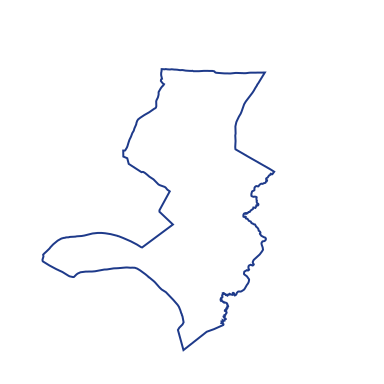 Bilene, Gaza, Mozambique, rotated 211°
{"feature_id": "85939544B43586850524471", "entity_name": "Bilene", "entity_type": "district", "adm_level": 2, "iso_a3": "MOZ", "parent_name": "Mozambique", "parent_adm1": "Gaza", "projection": "mercator", "projection_center": [33.116, -25.072], "detail": "fine", "context": "isolated", "style": "outline", "palette": "blue", "viewbox_px": 384, "rotation_deg": 211, "n_neighbors": 0, "source": "geoboundaries", "source_scale": "gbopen_adm2", "svg_char_len": 6017}
<svg xmlns="http://www.w3.org/2000/svg" viewBox="0 0 384 384"><g transform="rotate(211 192 192)"><path d="M287.3,61.6L286.1,60.2L285.3,57.0L284.6,56.0L284.0,55.7L276.4,55.6L268.3,56.0L266.9,56.2L266.4,56.2L261.9,56.7L254.5,56.6L253.4,56.7L250.2,57.8L249.5,58.3L249.3,58.9L248.6,61.7L248.0,63.2L246.2,65.8L242.0,69.1L236.8,72.3L234.3,74.1L227.3,80.3L224.9,81.9L219.8,86.2L216.3,88.5L210.4,92.8L208.9,93.8L205.5,95.5L204.4,96.3L202.0,97.6L199.6,98.1L196.2,98.1L189.5,97.5L186.3,97.0L185.7,96.9L185.3,96.6L184.9,96.8L178.9,95.9L177.1,95.5L170.5,93.4L167.8,92.8L162.8,92.7L152.5,89.9L146.3,87.9L144.2,86.9L141.2,84.7L138.6,82.4L137.8,82.0L137.2,81.2L136.2,80.6L132.1,76.0L131.9,73.6L133.0,69.2L133.0,66.5L117.9,52.1L107.4,79.8L102.5,85.8L96.7,94.1L96.8,94.7L97.1,95.0L99.0,95.1L99.3,94.9L99.4,95.4L99.6,95.7L99.5,96.2L99.9,96.4L99.7,96.6L99.2,96.7L98.7,96.3L98.6,96.5L99.0,96.9L98.9,97.2L99.5,97.9L99.2,97.9L98.9,98.1L98.4,98.1L98.3,98.5L98.0,98.6L98.2,99.0L97.9,100.0L97.6,100.5L97.8,100.7L98.6,100.9L98.9,100.7L99.5,100.8L100.8,101.4L100.9,101.6L100.8,101.8L100.1,102.3L99.9,102.6L100.1,102.9L100.7,103.1L100.8,103.2L100.1,104.1L100.2,104.8L100.1,106.1L100.2,106.4L100.5,106.5L100.8,107.0L101.4,107.2L102.6,107.0L102.8,107.3L102.9,107.7L102.6,108.5L102.3,108.8L101.8,108.9L101.8,109.2L102.0,109.7L102.6,109.7L102.7,110.0L102.5,110.4L101.9,110.9L102.0,111.2L102.6,111.4L102.7,111.6L102.7,111.8L102.2,112.2L102.1,112.6L102.3,112.8L102.7,113.0L103.0,113.4L103.8,113.5L104.1,114.2L104.9,114.6L106.3,114.5L107.4,113.7L108.2,114.2L108.5,114.1L108.7,113.8L109.1,113.8L110.4,114.2L110.7,114.1L111.0,113.6L111.4,113.7L112.2,114.7L112.2,115.0L111.8,115.5L112.2,115.7L112.0,116.1L112.4,116.5L111.8,117.6L112.2,118.2L112.8,118.7L112.9,119.5L113.1,119.8L113.0,120.6L113.5,121.1L113.1,121.6L112.8,121.7L112.4,121.7L112.2,121.6L112.1,121.0L111.8,121.0L111.5,121.4L110.7,121.7L110.1,121.5L109.8,121.1L109.4,121.2L108.8,121.5L108.4,121.5L108.5,121.8L108.8,122.1L108.3,122.6L107.5,122.8L107.3,123.2L107.6,123.6L107.5,124.0L107.0,124.0L106.6,124.2L105.8,124.1L105.2,124.5L104.4,124.6L104.1,124.8L103.9,125.9L104.8,126.1L105.0,126.4L104.9,126.7L104.4,126.9L103.6,126.7L102.5,125.6L102.0,125.4L101.6,126.0L101.4,126.4L101.3,127.1L101.6,128.7L101.2,130.3L100.6,130.9L99.3,131.5L98.5,132.3L97.2,134.9L97.0,136.3L97.1,140.6L96.9,142.4L97.1,144.2L97.8,146.1L98.3,146.6L101.5,148.0L104.9,148.3L105.4,148.8L106.1,150.5L106.1,150.8L104.7,153.3L103.6,153.5L103.5,153.9L103.1,154.4L103.1,154.9L104.3,155.7L104.9,156.6L105.3,157.5L105.2,158.5L104.2,159.9L102.5,160.1L102.0,160.4L101.7,161.3L101.8,161.8L102.3,161.8L103.8,163.1L104.1,164.7L104.1,165.7L101.8,173.3L101.4,177.1L101.4,179.1L102.9,180.9L105.2,182.8L106.1,183.9L106.2,184.8L106.1,186.0L104.8,187.1L104.3,188.0L104.2,189.1L104.4,189.6L104.7,190.1L105.6,190.6L107.2,190.3L109.3,190.2L110.1,190.2L110.8,190.5L112.2,191.1L112.4,191.4L112.2,191.9L112.4,192.4L112.9,192.8L113.6,193.1L114.9,193.2L116.0,194.4L117.5,195.1L119.4,195.4L120.0,195.9L121.3,196.6L122.7,196.1L123.9,196.3L124.6,196.0L125.2,196.1L126.4,196.9L128.4,196.6L130.7,197.6L131.8,197.1L132.4,197.2L133.1,198.4L133.5,198.4L134.2,197.6L135.1,197.3L135.3,197.4L135.5,198.0L136.1,198.6L136.3,200.0L136.1,200.6L135.7,200.7L135.4,201.4L135.1,201.6L134.7,201.0L134.3,201.2L134.1,201.9L133.7,202.1L133.7,202.6L133.4,202.8L133.2,204.0L132.4,204.5L132.2,204.8L132.2,206.2L131.1,208.7L131.0,209.2L131.4,210.3L130.7,210.7L129.5,211.0L129.5,212.5L130.0,213.7L129.8,214.0L129.2,214.0L128.8,214.2L128.6,214.4L128.5,215.1L128.7,215.6L129.2,216.0L130.3,215.9L131.4,216.7L131.6,217.0L131.8,217.8L132.0,218.1L132.5,218.3L133.5,219.7L133.7,220.5L133.9,220.8L134.7,220.8L135.5,220.5L136.3,220.0L136.7,219.6L137.3,219.4L138.6,219.2L138.9,219.2L139.4,219.7L140.1,220.9L140.7,223.0L140.7,223.7L139.7,225.1L139.5,225.8L140.3,227.2L140.6,227.9L140.6,228.6L140.4,229.4L140.1,230.0L139.6,230.4L138.2,230.8L138.0,231.1L137.8,232.9L137.5,233.8L136.9,234.8L135.6,235.4L135.1,236.4L134.1,237.3L133.8,237.9L133.8,238.5L134.1,239.3L134.0,239.6L133.5,239.8L133.6,240.6L133.7,240.8L134.8,240.9L135.3,241.6L135.3,242.1L134.6,243.5L134.5,245.8L133.9,246.7L133.8,247.2L134.0,248.1L133.9,248.3L132.8,248.2L132.3,248.6L132.0,251.7L136.3,251.8L162.5,251.2L176.7,251.0L177.4,251.8L178.2,253.0L180.9,258.1L184.0,262.7L184.7,264.5L188.6,270.6L190.0,274.8L190.2,276.5L190.6,280.8L190.6,284.1L190.9,286.3L192.5,294.1L192.5,297.3L191.3,308.2L191.2,310.8L191.3,314.0L191.2,316.9L191.4,317.6L191.2,319.1L191.1,331.9L204.1,323.9L206.5,322.0L207.9,321.0L215.7,316.7L220.1,313.4L225.8,310.1L232.4,306.8L233.3,306.5L234.2,306.6L234.9,306.9L235.5,306.8L236.8,306.3L244.0,302.1L248.3,299.1L252.4,296.6L253.0,296.3L254.1,296.1L254.8,295.5L257.0,294.3L259.9,292.8L262.8,291.7L265.2,290.2L267.9,289.1L270.3,287.8L272.5,286.8L274.1,285.6L276.0,284.6L277.9,283.8L278.6,283.1L280.2,282.3L281.3,281.7L280.3,279.8L279.8,278.3L278.9,276.7L278.4,276.0L276.0,273.6L276.4,272.9L276.4,272.4L275.9,271.2L275.1,270.8L272.7,270.0L271.5,270.0L271.5,268.7L272.0,266.8L272.2,264.7L272.1,260.7L272.0,260.3L270.8,258.3L270.1,256.1L269.9,255.2L269.7,252.5L269.4,251.3L266.8,247.2L266.4,245.8L266.6,245.0L267.4,243.6L269.8,238.2L272.5,233.4L274.6,229.0L275.6,226.4L275.6,224.5L275.1,222.3L274.8,221.7L274.6,220.8L274.1,216.8L273.5,214.5L273.5,211.7L272.8,208.0L272.5,204.5L271.8,201.4L270.9,197.9L270.7,196.5L270.7,193.6L270.9,192.9L272.3,192.1L269.1,187.0L264.9,187.6L260.7,183.5L245.5,183.0L244.5,183.9L243.9,184.1L242.0,184.1L239.2,183.7L236.5,183.2L231.5,183.0L224.6,181.2L223.0,181.3L218.0,182.3L216.8,182.2L214.3,181.3L211.4,181.1L210.5,159.6L209.7,158.3L191.6,154.3L206.2,118.8L207.3,118.5L212.2,118.6L219.0,118.2L227.4,117.1L232.2,116.3L232.9,116.0L233.4,116.0L240.0,114.0L245.2,111.9L248.5,110.3L251.8,108.3L255.9,105.2L261.8,99.3L264.0,97.4L267.9,94.7L269.1,93.6L273.4,90.7L273.6,90.4L273.9,90.3L274.6,89.5L275.8,88.8L277.1,87.7L277.3,87.3L278.3,86.6L280.0,84.8L282.1,81.1L284.0,75.7L284.9,71.6L285.0,70.3L286.1,66.1L287.0,63.1L287.3,61.6Z" fill="none" stroke="#1e3a8a" stroke-width="2"/></g></svg>